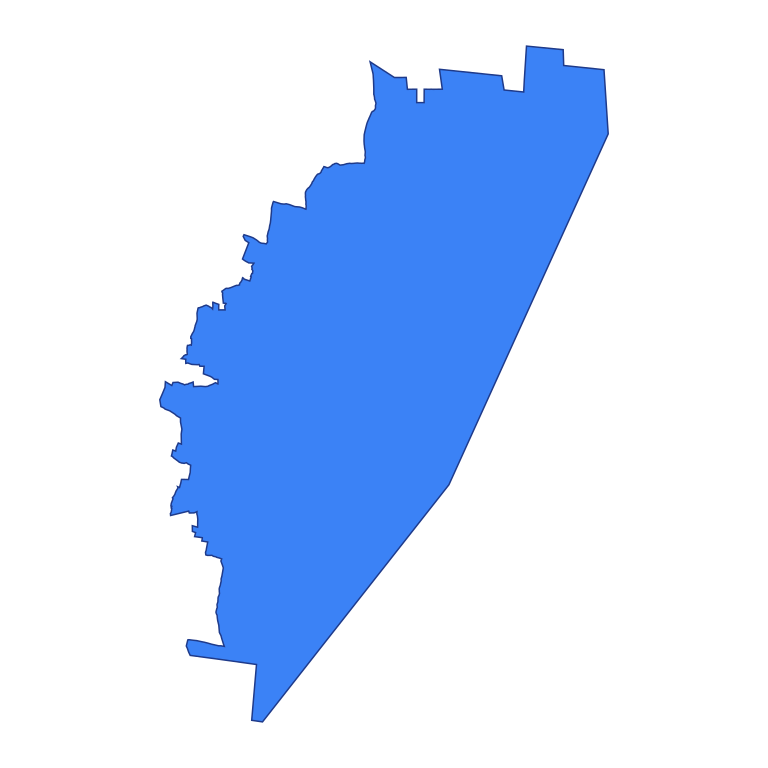 Chemax, Yucatán, Mexico
{"feature_id": "50627088B8241374845255", "entity_name": "Chemax", "entity_type": "district", "adm_level": 2, "iso_a3": "MEX", "parent_name": "Mexico", "parent_adm1": "Yucatán", "projection": "equal_earth", "projection_center": [-87.917, 20.732], "detail": "fine", "context": "isolated", "style": "filled", "palette": "blue", "viewbox_px": 768, "rotation_deg": 0, "n_neighbors": 0, "source": "geoboundaries", "source_scale": "gbopen_adm2", "svg_char_len": 6100}
<svg xmlns="http://www.w3.org/2000/svg" viewBox="0 0 768 768"><path d="M608.2,133.9L604.0,69.7L563.7,65.5L563.2,49.7L526.5,46.1L524.3,80.1L523.7,92.0L504.1,90.0L502.8,82.4L501.7,75.8L439.5,69.3L442.3,89.2L432.9,89.3L430.8,89.2L430.1,89.3L424.2,89.2L424.1,102.6L416.7,102.6L416.7,89.2L407.4,89.3L406.2,77.4L400.8,77.5L394.4,77.5L370.1,61.8L373.0,73.6L373.2,75.3L373.3,77.6L373.5,80.3L373.8,88.3L373.8,89.0L373.8,89.7L373.8,94.4L374.1,95.3L374.5,97.4L374.6,99.2L375.1,100.4L376.0,103.2L375.4,105.9L375.5,106.8L375.5,107.7L375.4,108.3L375.2,109.0L374.8,109.6L374.5,110.0L374.1,110.4L373.7,110.9L373.2,111.2L372.7,111.3L372.3,111.5L371.6,112.4L369.8,116.7L369.2,117.9L368.5,119.6L367.7,121.4L367.2,122.7L366.7,124.3L365.9,127.4L365.6,128.6L364.9,131.5L364.2,134.7L364.1,137.5L364.0,140.8L364.2,144.3L364.4,145.6L364.6,147.7L364.9,149.4L365.1,150.5L365.3,152.0L365.0,155.5L365.3,156.6L365.4,158.1L365.1,158.8L364.8,160.0L364.6,161.9L364.1,163.3L363.6,163.2L361.3,163.3L360.6,163.2L359.4,163.2L357.3,163.0L355.0,163.2L353.1,163.4L351.2,163.5L349.6,163.3L348.4,163.5L346.8,163.7L343.5,164.7L340.3,165.1L339.6,164.9L338.3,164.0L337.2,163.5L336.4,163.3L334.7,163.6L333.9,164.2L332.6,164.6L331.4,165.8L330.3,166.6L329.4,167.2L328.8,167.4L328.3,167.6L327.6,167.7L327.0,167.6L325.7,167.2L324.9,166.8L323.9,166.6L323.5,167.6L322.9,168.3L322.6,169.0L322.0,169.9L321.3,171.1L321.2,171.9L320.0,173.3L319.2,173.7L317.6,174.2L316.7,175.2L315.6,176.7L314.3,178.8L313.3,180.9L312.6,181.5L312.0,182.7L311.9,183.4L311.1,184.6L310.7,185.3L310.3,185.9L309.1,187.5L308.5,187.8L307.5,188.8L307.0,189.4L306.5,190.1L305.5,192.1L305.4,193.0L305.4,194.2L305.5,195.0L305.4,196.8L305.6,198.7L305.7,200.0L306.0,201.8L305.9,204.5L306.2,205.8L306.0,208.7L305.9,209.2L305.3,209.0L302.1,207.7L299.6,207.0L294.8,206.6L289.5,204.6L286.3,203.8L284.1,204.1L281.1,203.8L273.5,201.5L273.1,202.2L272.8,203.2L272.1,205.8L271.5,208.1L271.5,211.0L270.7,220.0L270.3,223.2L269.6,225.9L269.5,226.9L269.1,229.2L268.2,231.7L267.5,234.9L267.2,235.9L267.5,238.6L267.4,239.6L267.4,240.7L267.6,242.0L266.2,243.9L265.8,243.8L264.0,243.4L262.3,243.3L261.2,243.1L260.3,242.8L258.7,241.8L258.0,241.1L256.4,239.9L253.1,237.8L252.8,237.7L251.3,237.1L249.9,236.6L244.0,234.7L243.2,236.4L245.2,240.4L248.8,242.7L242.5,259.0L244.3,260.4L246.6,261.8L247.4,262.1L248.7,262.9L251.4,263.0L253.9,263.2L253.1,264.5L251.6,266.3L252.2,268.3L251.8,269.1L252.9,270.9L252.6,272.1L252.5,273.4L251.8,273.6L250.6,276.5L251.2,276.9L249.8,281.0L245.6,279.6L245.1,279.6L244.9,279.3L243.3,278.6L243.4,278.2L242.7,277.7L242.4,278.2L242.0,280.1L240.8,282.1L240.1,282.7L239.8,283.4L239.5,284.2L239.5,284.9L238.7,285.1L237.9,285.4L236.8,285.3L235.7,285.6L230.8,287.6L228.2,288.4L226.5,288.3L225.7,288.5L222.9,290.6L221.9,291.2L222.0,291.9L222.3,292.5L222.7,293.0L222.5,294.6L222.8,298.0L223.3,302.5L223.3,303.1L223.9,303.2L225.1,303.3L225.4,303.4L226.3,303.2L226.5,303.0L224.7,305.9L225.1,309.9L218.8,309.9L218.7,307.7L218.8,304.4L216.8,303.7L215.9,303.4L213.2,302.3L212.8,302.3L212.8,303.7L212.9,306.3L212.6,309.0L211.9,308.2L210.7,307.3L209.7,307.0L208.7,306.2L206.1,305.1L205.4,305.4L203.8,305.9L203.0,306.4L201.4,307.0L200.6,307.2L199.5,307.7L198.7,307.8L198.3,307.8L197.9,308.7L197.7,309.9L197.4,311.2L197.0,313.2L197.2,317.9L197.2,319.7L197.0,320.1L196.8,321.3L195.2,325.5L195.1,326.4L194.6,328.1L194.5,328.7L194.1,330.2L193.6,331.5L193.2,332.2L192.4,333.4L190.8,336.7L190.8,338.4L191.5,338.6L191.6,343.1L191.4,344.0L191.3,345.1L190.6,344.9L189.9,344.9L189.0,345.3L187.5,345.4L187.1,347.2L187.0,348.6L187.1,349.5L187.0,351.3L187.3,354.3L186.8,354.7L185.5,354.8L183.7,355.9L183.4,356.6L182.3,357.5L182.0,358.1L181.4,358.6L185.8,359.3L185.7,360.5L185.8,363.4L187.8,363.0L191.7,364.4L197.4,364.7L199.1,364.5L199.8,366.2L204.1,366.3L203.4,373.8L210.1,376.3L211.8,377.2L214.4,379.3L217.9,379.5L218.0,382.5L217.9,383.9L217.1,383.6L216.5,383.2L215.6,382.7L213.5,383.7L212.7,384.2L209.3,385.5L207.8,386.3L205.4,386.6L200.8,386.2L193.6,386.6L193.1,382.0L192.4,382.3L191.2,382.8L188.8,383.5L187.9,384.2L186.2,384.3L184.4,384.9L183.8,384.4L182.6,383.9L180.8,383.4L178.1,382.2L173.0,382.5L171.8,385.5L165.4,381.7L165.0,387.4L162.4,393.7L159.8,399.7L160.9,406.6L163.7,407.9L165.1,409.1L169.7,410.8L173.9,413.5L175.2,414.4L176.5,415.7L180.5,418.0L180.5,418.9L180.5,422.0L181.3,426.1L181.9,429.2L181.2,434.0L181.4,444.1L178.3,443.0L176.4,447.2L175.7,451.1L172.8,450.0L172.0,453.8L171.4,456.0L172.7,456.7L173.0,457.2L173.8,458.0L178.0,461.1L179.3,462.2L181.9,463.1L182.8,463.1L184.1,463.4L186.4,462.7L188.1,464.0L190.7,465.2L190.4,468.3L190.2,472.5L189.4,475.6L188.5,479.5L181.5,479.4L180.8,482.9L179.5,487.5L177.6,486.7L178.0,487.7L177.2,489.3L176.2,490.8L175.4,492.7L174.9,494.2L173.9,495.9L173.2,496.8L172.4,497.8L173.0,498.8L171.3,503.3L170.9,506.0L171.8,506.3L171.1,507.9L171.8,508.3L171.2,512.1L170.9,512.8L170.4,513.5L170.6,515.5L188.7,511.1L189.3,513.0L193.8,512.9L194.7,512.7L196.9,511.7L196.8,512.7L196.9,513.9L197.0,514.5L197.4,515.7L197.8,519.4L197.7,521.0L197.6,527.2L192.3,525.7L192.4,531.4L195.6,532.6L194.6,536.6L202.3,537.7L202.2,539.0L201.8,541.0L207.7,542.0L206.8,546.8L206.4,548.8L206.2,550.3L205.8,551.3L205.5,552.4L205.8,554.9L207.4,555.4L210.1,555.4L211.9,555.3L213.4,556.3L215.9,556.8L216.6,557.3L219.3,558.0L221.7,558.9L220.9,561.0L222.5,565.4L223.3,567.9L221.9,576.0L221.4,577.9L221.2,578.4L221.1,579.4L221.2,581.0L220.6,583.5L220.3,585.3L219.7,586.9L219.3,588.2L219.2,589.2L219.3,590.4L219.3,591.4L219.5,593.5L219.2,594.7L219.0,595.5L218.4,596.5L218.1,597.5L218.0,598.6L218.0,599.7L217.9,600.8L217.9,601.8L217.1,604.2L217.0,604.8L217.1,605.5L217.3,607.4L216.7,608.9L216.4,610.2L216.1,611.3L216.0,612.4L216.1,612.9L216.6,614.3L217.1,615.2L217.3,617.8L217.7,620.7L218.8,625.3L219.4,632.5L221.0,635.7L221.6,638.1L223.6,644.5L224.3,646.4L220.9,645.8L218.7,645.8L211.6,644.2L207.8,643.1L204.2,642.2L202.1,641.8L196.6,640.6L193.6,640.3L188.9,639.7L187.8,639.9L186.3,646.0L186.9,647.4L187.2,647.9L188.6,652.0L190.2,655.4L219.3,659.3L256.5,664.5L251.7,720.3L262.5,721.9L319.0,649.9L448.9,484.8L514.7,339.7L608.2,133.9Z" fill="#3b82f6" stroke="#1e3a8a" stroke-width="1.5"/></svg>